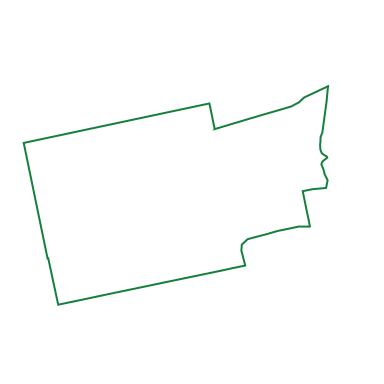 the district of Al Malha, North Darfur, Sudan, rotated 258°
{"feature_id": "16777658B62126851922243", "entity_name": "Al Malha", "entity_type": "district", "adm_level": 2, "iso_a3": "SDN", "parent_name": "Sudan", "parent_adm1": "North Darfur", "projection": "robinson", "projection_center": [26.533, 17.176], "detail": "fine", "context": "isolated", "style": "outline", "palette": "green", "viewbox_px": 384, "rotation_deg": 258, "n_neighbors": 0, "source": "geoboundaries", "source_scale": "gbopen_adm2", "svg_char_len": 2269}
<svg xmlns="http://www.w3.org/2000/svg" viewBox="0 0 384 384"><g transform="rotate(258 192 192)"><path d="M275.0,108.1L275.0,53.1L275.0,52.8L275.0,37.6L157.0,36.9L157.0,37.6L109.6,37.7L109.5,59.4L109.5,61.7L109.5,88.6L109.4,111.4L109.3,144.3L109.0,211.4L109.1,214.5L109.0,228.8L124.4,228.1L130.2,229.8L134.3,236.6L135.0,250.6L135.2,255.6L136.1,267.5L136.1,267.9L136.0,279.3L136.0,284.4L136.0,286.7L136.0,289.4L135.2,292.9L134.8,294.7L134.2,297.7L134.0,298.6L133.7,300.0L133.8,300.2L141.4,300.3L143.1,300.3L150.1,300.3L161.2,300.4L169.8,300.5L169.7,310.3L168.1,323.8L168.1,324.0L172.3,325.8L175.3,327.1L181.5,325.5L187.3,325.2L192.1,324.3L194.5,325.7L195.7,327.8L197.4,331.4L198.6,331.3L200.4,329.3L202.8,327.1L204.0,326.8L206.8,326.4L211.6,327.1L214.4,328.1L218.8,329.1L223.4,332.0L252.7,342.5L261.4,345.2L265.2,346.4L267.2,347.1L267.2,346.9L267.1,346.4L266.8,345.4L266.5,344.5L266.3,343.4L266.2,342.9L265.8,341.4L265.4,339.5L265.2,338.6L264.8,337.0L264.5,335.7L264.0,333.6L263.8,332.9L263.3,330.6L263.2,330.2L263.0,329.5L262.9,328.9L262.7,327.9L262.6,327.7L262.5,327.0L262.4,326.9L262.4,326.5L261.9,324.7L261.6,323.2L261.5,322.9L261.3,322.0L261.2,321.7L261.2,321.4L261.0,321.1L260.8,320.7L260.7,320.7L260.5,320.3L260.2,319.7L260.0,319.4L259.9,319.3L259.9,319.2L259.7,318.9L259.5,318.7L259.3,318.2L259.2,318.2L259.0,317.8L258.7,317.3L258.6,317.2L258.4,316.9L258.0,316.2L257.9,315.9L257.5,315.4L257.4,315.1L257.2,314.6L257.1,314.2L257.0,313.9L257.0,313.6L256.9,313.3L256.5,312.0L256.5,311.8L256.3,311.1L256.1,310.4L255.7,309.2L255.2,307.3L255.0,306.5L255.0,306.4L254.9,305.9L254.9,305.2L254.9,304.6L254.8,303.8L254.7,303.3L254.7,303.0L254.7,302.9L254.7,302.7L254.7,302.2L254.5,300.2L253.8,290.7L252.6,274.0L252.1,268.3L251.9,265.0L250.9,253.3L250.2,244.3L250.1,243.1L249.7,238.6L249.5,235.5L249.4,234.6L249.3,233.7L249.2,232.3L249.1,231.2L249.0,229.8L249.0,229.5L249.0,229.4L248.9,229.3L248.9,228.6L248.9,228.4L248.8,228.0L248.8,227.6L248.8,227.4L248.8,227.2L248.9,227.3L249.0,227.3L249.3,227.3L249.5,227.3L250.0,227.3L250.3,227.3L250.5,227.3L251.5,227.3L254.6,227.3L255.6,227.3L256.5,227.3L259.2,227.3L262.3,227.4L263.7,227.4L265.3,227.4L267.1,227.4L271.0,227.4L272.0,227.4L275.0,227.4L275.0,227.2L275.0,108.1Z" fill="none" stroke="#15803d" stroke-width="2"/></g></svg>